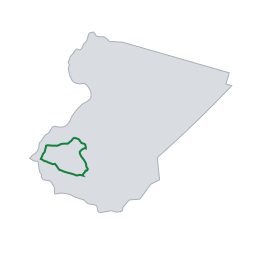 location of Mizdah within Libya, rotated 292°
{"feature_id": "LBY-2976", "entity_name": "Mizdah", "entity_type": "Municipality", "adm_level": 1, "iso_a3": "LBY", "parent_name": "Libya", "parent_adm1": "", "projection": "albers", "projection_center": [13.169, 30.372], "detail": "fine", "context": "in_parent", "style": "outline", "palette": "green", "viewbox_px": 256, "rotation_deg": 292, "n_neighbors": 0, "source": "natural_earth", "source_scale": "10m", "svg_char_len": 4202}
<svg xmlns="http://www.w3.org/2000/svg" viewBox="0 0 256 256"><g transform="rotate(292 128 128)"><path d="M41.6,83.6L42.9,82.9L44.7,82.3L45.6,81.8L46.0,81.3L47.4,79.4L48.1,78.4L49.1,77.0L49.6,76.0L49.6,75.1L49.5,74.0L48.8,71.3L48.3,68.7L48.8,67.7L49.2,67.2L50.0,66.0L50.3,65.8L52.1,65.5L52.8,64.7L53.4,63.7L53.5,63.1L54.3,62.6L55.3,62.1L55.8,61.4L57.7,60.3L59.4,59.3L61.4,58.2L62.9,57.4L63.2,56.7L63.2,56.1L62.4,54.6L62.4,52.9L62.5,51.5L62.6,50.7L63.0,48.4L63.0,48.1L64.6,48.9L66.2,49.2L70.9,52.1L72.4,52.5L75.8,52.8L79.7,51.7L81.2,51.4L83.8,52.5L84.9,52.8L86.9,52.9L90.2,53.9L91.0,54.2L92.9,55.8L93.9,56.3L100.7,57.6L101.6,58.6L102.6,60.4L102.7,62.7L103.3,64.4L104.2,66.5L105.2,68.0L106.4,69.3L107.7,70.1L110.8,71.2L114.2,71.5L117.7,71.6L123.6,73.0L128.7,74.7L130.0,75.5L132.6,76.3L137.8,80.5L140.7,81.9L142.7,82.1L144.4,81.7L147.5,80.0L148.7,79.0L151.6,75.0L152.5,73.0L152.9,71.6L152.7,70.2L152.2,68.9L151.2,67.6L150.5,65.9L150.0,62.7L150.3,60.5L150.8,59.1L151.7,57.7L154.1,55.0L156.6,53.0L160.9,50.3L163.5,50.1L164.6,49.8L166.6,47.9L167.5,47.8L168.7,48.1L172.3,47.7L173.9,48.1L175.8,49.0L178.2,49.4L180.0,49.9L181.8,50.6L182.4,52.6L182.2,53.3L182.3,54.1L184.3,55.3L189.6,55.5L190.6,55.8L192.2,56.8L193.2,57.0L196.8,56.8L198.8,56.4L200.9,56.5L201.7,56.8L202.5,57.6L203.7,59.6L204.1,60.2L203.7,60.6L203.3,61.4L203.0,62.1L202.1,63.2L201.4,64.4L201.7,66.1L202.0,67.7L202.7,69.3L203.4,71.1L203.4,72.3L203.1,73.8L202.8,75.0L201.5,77.7L201.3,78.3L201.5,79.2L202.7,82.1L202.9,83.0L203.8,85.8L204.6,88.1L205.3,89.9L205.5,90.4L205.8,93.1L206.1,95.8L206.3,98.6L206.6,101.3L206.9,104.0L207.2,106.7L207.5,109.4L207.8,112.2L208.0,114.9L208.3,117.6L208.6,120.3L208.9,123.0L209.2,125.8L209.5,128.5L209.8,131.2L210.0,133.9L210.3,136.6L210.6,139.3L210.9,142.0L211.2,144.8L211.5,147.5L211.7,150.2L212.0,152.9L212.3,155.6L212.6,158.3L212.9,161.0L213.2,163.7L213.4,166.4L213.7,169.1L214.0,171.8L214.3,174.5L214.6,177.2L215.2,183.2L215.8,189.1L216.4,195.1L217.1,201.1L216.9,201.2L214.1,201.5L211.2,201.8L208.4,202.0L205.5,202.3L205.6,203.8L205.8,205.3L205.9,206.8L206.1,208.3L200.2,206.0L194.4,203.6L188.7,201.3L182.9,198.9L177.2,196.5L171.4,194.0L165.7,191.6L160.1,189.1L154.4,186.5L148.8,184.0L143.2,181.4L137.6,178.8L132.0,176.2L126.5,173.5L121.0,170.9L115.5,168.2L111.7,166.3L107.7,168.3L104.6,169.9L100.5,172.0L95.7,174.6L92.1,176.6L91.9,176.6L91.7,176.6L87.9,173.2L84.9,170.6L83.6,169.9L77.9,168.6L72.4,167.2L66.5,165.7L65.5,163.6L64.3,161.2L62.8,158.2L61.8,156.3L61.5,156.0L57.1,154.5L52.4,153.0L49.6,153.8L49.1,153.7L48.4,153.1L47.6,152.4L47.2,151.3L46.1,149.9L45.2,146.7L45.2,144.2L45.0,143.3L42.7,139.7L40.6,136.4L39.2,134.2L38.9,133.2L39.2,132.0L39.8,131.0L41.9,129.8L43.9,128.4L44.2,127.5L44.4,124.9L43.8,124.0L43.4,122.4L43.0,120.3L42.9,118.9L43.9,116.3L44.9,113.5L44.4,110.3L44.1,104.0L44.6,99.0L44.4,97.2L44.2,96.5L43.7,94.1L43.0,91.7L42.7,90.8L41.7,88.8L40.2,86.4L39.4,84.9L40.6,84.1L41.6,83.6Z" fill="#d9dde1" stroke="#a8b0b8" stroke-width="1"/><path d="M76.4,59.4L77.9,59.2L78.8,59.2L79.9,59.0L80.2,58.8L80.9,58.7L81.4,59.3L82.0,60.1L82.3,61.2L82.4,62.0L83.0,63.1L83.4,64.9L84.0,66.2L84.5,67.3L84.8,68.6L85.4,69.4L86.6,70.8L87.2,71.2L87.8,71.6L88.0,71.8L89.4,74.3L90.4,76.7L91.0,78.1L92.5,78.9L93.5,79.3L94.6,80.2L97.0,80.8L97.8,81.2L98.7,81.8L99.0,83.7L99.1,85.2L99.1,86.6L98.6,87.5L98.0,88.3L97.8,88.5L97.5,89.2L96.9,90.1L96.6,90.7L96.7,91.6L96.9,92.5L96.9,93.5L96.8,94.1L96.4,94.7L95.6,95.2L94.3,96.2L93.3,96.5L93.4,95.9L92.8,95.2L91.9,94.2L90.8,93.4L89.4,92.8L88.8,92.4L87.9,92.2L87.0,92.5L85.8,93.5L85.2,94.0L84.6,94.8L83.7,95.9L83.2,97.0L82.7,97.8L82.1,98.7L81.4,99.7L80.4,101.1L79.3,102.3L78.1,103.0L77.2,103.5L76.6,103.9L76.0,104.5L75.6,105.3L74.9,106.1L73.8,106.1L72.9,105.7L72.8,104.7L72.1,104.6L71.3,104.5L70.5,104.4L69.2,103.9L68.7,103.8L67.3,103.4L67.0,104.0L66.7,101.8L66.5,100.8L65.5,99.5L64.7,98.0L64.7,94.6L64.4,92.0L64.0,89.2L63.7,86.5L63.6,84.0L63.7,81.8L63.5,80.2L63.6,79.6L64.1,79.0L65.0,77.6L66.4,75.5L67.4,73.7L66.7,72.7L66.3,71.7L66.2,70.6L66.3,69.1L66.2,67.8L66.2,66.4L66.4,65.2L66.3,64.3L66.1,63.0L66.3,61.4L66.6,60.2L66.6,58.8L69.5,58.9L71.0,58.9L72.1,58.9L73.0,59.2L73.9,59.5L74.7,59.7L75.1,59.6L75.6,59.5L76.4,59.4Z" fill="none" stroke="#15803d" stroke-width="2"/></g></svg>